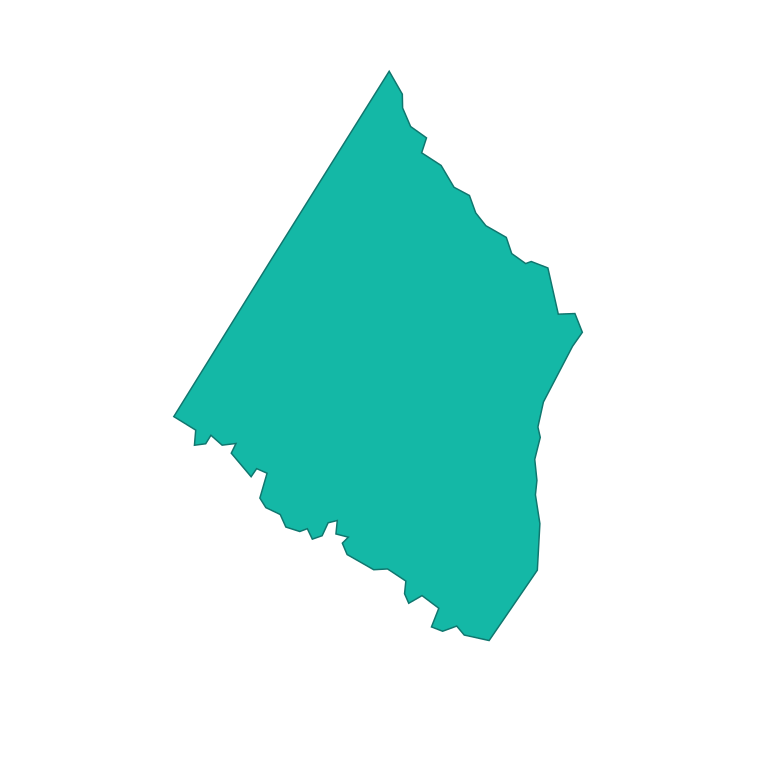 outline of Robertson, Texas, United States of America, rotated 333°
{"feature_id": "52423323B69162906436111", "entity_name": "Robertson", "entity_type": "district", "adm_level": 2, "iso_a3": "USA", "parent_name": "United States of America", "parent_adm1": "Texas", "projection": "natural_earth1", "projection_center": [-96.543, 31.026], "detail": "fine", "context": "isolated", "style": "filled", "palette": "teal", "viewbox_px": 768, "rotation_deg": 333, "n_neighbors": 0, "source": "geoboundaries", "source_scale": "gbopen_adm2", "svg_char_len": 975}
<svg xmlns="http://www.w3.org/2000/svg" viewBox="0 0 768 768"><g transform="rotate(333 384 384)"><path d="M340.8,221.5L181.9,317.6L195.3,339.6L187.3,352.5L198.0,356.3L206.5,351.1L212.0,365.0L225.1,369.8L216.5,376.3L223.5,406.3L232.1,401.6L239.3,410.4L221.6,429.3L222.6,440.5L232.3,453.2L231.6,466.9L242.0,477.2L250.0,478.1L249.7,489.7L260.0,491.1L271.2,482.3L280.4,484.4L273.1,495.8L282.7,504.3L274.6,506.9L273.7,519.2L290.5,544.8L303.2,550.4L314.0,569.5L307.1,580.2L306.5,590.6L321.8,589.8L331.0,608.7L316.0,622.0L324.0,630.9L338.9,632.7L341.5,644.1L361.2,660.3L436.1,619.5L459.5,579.2L468.6,551.5L476.5,539.3L484.1,519.6L499.0,502.5L501.6,492.2L517.9,472.4L569.1,436.0L584.2,428.0L586.1,407.9L571.0,400.9L582.7,355.0L570.8,341.7L564.9,341.0L557.0,325.8L559.5,308.9L546.6,289.2L543.4,273.2L545.7,254.9L535.7,240.5L534.1,215.2L522.5,195.1L533.6,184.0L524.6,166.7L525.9,146.5L531.9,134.1L530.6,107.7L340.8,221.5Z" fill="#14b8a6" stroke="#0f766e" stroke-width="1.5"/></g></svg>